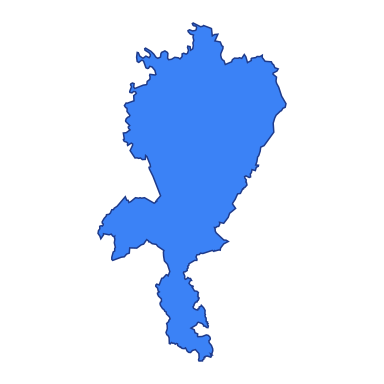 Tlahuiltepa, Hidalgo, Mexico
{"feature_id": "50627088B86938418920354", "entity_name": "Tlahuiltepa", "entity_type": "district", "adm_level": 2, "iso_a3": "MEX", "parent_name": "Mexico", "parent_adm1": "Hidalgo", "projection": "robinson", "projection_center": [-98.986, 20.833], "detail": "fine", "context": "isolated", "style": "filled", "palette": "blue", "viewbox_px": 384, "rotation_deg": 0, "n_neighbors": 0, "source": "geoboundaries", "source_scale": "gbopen_adm2", "svg_char_len": 5983}
<svg xmlns="http://www.w3.org/2000/svg" viewBox="0 0 384 384"><path d="M212.8,350.8L212.7,348.8L211.4,345.4L209.2,342.7L208.9,340.7L210.1,339.6L210.3,338.3L209.7,336.8L208.1,335.3L206.3,334.9L202.2,336.5L197.9,336.7L197.5,336.2L197.7,333.9L195.0,332.7L194.2,329.7L191.0,328.1L196.4,324.9L197.6,322.6L198.4,322.2L202.2,323.6L203.5,325.0L203.6,326.0L205.1,326.2L206.6,327.5L207.9,327.7L208.4,326.0L207.5,324.9L208.0,323.6L207.3,323.4L207.5,322.0L206.2,321.6L206.1,317.9L205.4,317.3L205.0,315.5L205.4,314.4L204.9,313.7L205.1,310.4L203.6,307.7L201.3,305.3L200.9,306.3L199.2,307.0L199.0,308.6L197.9,309.0L197.7,310.0L196.0,309.7L193.6,308.3L193.0,306.9L194.0,305.5L194.0,304.7L195.4,302.3L197.2,301.8L197.4,300.6L198.1,300.4L199.0,298.6L199.1,298.0L198.3,298.0L198.3,296.9L197.6,296.1L198.2,295.0L197.8,294.4L198.4,292.6L197.0,291.3L194.5,290.9L192.1,287.1L193.1,286.7L193.1,286.2L190.7,285.3L189.0,283.4L189.8,281.5L190.7,280.4L191.5,280.4L190.5,278.5L189.3,278.5L187.8,277.5L186.7,278.8L185.3,279.3L184.6,278.1L184.8,276.1L183.4,272.9L184.0,271.8L185.0,271.9L187.2,270.5L187.1,268.9L188.1,267.9L187.7,266.2L188.8,265.4L189.0,263.7L194.6,260.4L196.8,260.4L197.0,259.2L196.0,257.0L196.9,254.8L199.4,254.5L200.4,253.2L202.9,253.5L212.3,250.4L213.9,251.4L214.8,250.5L215.3,250.9L219.1,249.9L220.2,250.2L220.6,248.0L223.7,243.9L228.3,241.5L226.2,240.2L223.8,240.0L216.2,232.9L215.2,231.0L215.2,229.3L214.5,227.5L215.8,227.6L216.9,226.6L218.7,226.4L219.8,224.0L219.5,222.3L223.7,223.3L228.2,217.4L229.6,213.3L235.6,208.4L232.5,204.0L232.7,203.1L235.2,199.3L237.6,193.9L240.4,193.4L242.7,188.8L243.5,188.9L243.9,187.7L244.9,187.4L247.0,185.0L246.3,182.0L245.8,181.9L246.3,179.9L244.9,178.1L244.6,176.6L246.0,175.9L249.2,177.5L250.6,176.9L250.3,173.9L251.4,172.7L252.0,169.6L255.3,170.6L256.3,167.3L258.3,166.3L258.5,165.2L255.7,165.0L256.9,161.6L257.6,157.0L258.7,155.7L260.2,151.1L260.7,147.2L264.1,145.6L273.8,132.2L273.2,123.2L274.7,118.1L276.1,115.2L280.4,111.1L281.4,110.7L282.9,108.3L285.2,107.3L286.0,103.7L281.6,96.2L278.7,87.2L276.6,83.4L276.0,81.1L276.5,77.1L273.0,74.2L273.1,73.1L277.0,71.0L278.2,68.9L274.8,67.7L273.7,64.9L272.2,63.6L271.4,61.8L265.1,61.3L262.2,57.5L262.3,55.2L260.0,56.6L257.1,56.5L255.7,57.6L251.7,58.2L251.1,58.9L251.3,60.5L247.5,62.6L245.9,56.9L244.3,54.5L241.7,58.4L239.4,57.7L238.2,58.3L234.5,58.1L232.4,59.7L231.6,61.8L225.3,64.5L223.9,60.6L222.5,59.9L221.4,58.2L220.7,55.3L220.8,53.7L222.9,48.6L223.0,46.5L221.8,45.7L220.3,42.0L214.9,40.9L217.9,34.2L214.6,34.5L212.3,35.9L211.5,28.7L211.0,28.3L203.5,25.5L202.7,26.3L200.6,26.7L193.2,23.0L192.3,23.6L193.0,25.2L194.0,25.9L195.7,26.0L196.6,27.2L196.2,29.7L195.2,30.5L192.5,30.9L189.6,29.8L188.0,30.6L188.2,31.7L190.4,34.1L193.5,35.0L193.0,37.1L193.8,40.5L192.9,43.0L193.3,45.6L192.7,48.9L190.6,50.2L190.1,46.7L187.8,46.1L187.5,47.4L188.5,50.3L187.5,53.3L186.1,54.1L183.7,53.2L182.1,53.9L182.1,56.6L180.0,58.9L178.3,57.8L174.8,57.3L171.5,59.3L168.6,59.7L167.6,58.2L167.9,53.4L167.2,52.3L164.9,50.9L161.6,52.4L160.9,53.7L160.5,57.1L157.8,58.3L155.9,57.2L153.8,54.1L150.9,51.3L145.6,48.1L144.7,48.7L145.0,50.2L149.0,52.7L150.4,54.7L150.2,56.2L149.1,57.7L145.9,56.1L143.4,58.0L142.5,58.0L139.7,56.0L138.3,52.7L137.2,52.4L136.6,57.2L137.2,61.5L138.8,62.4L141.5,60.3L142.8,60.4L143.7,61.5L145.9,67.7L147.4,68.5L148.5,68.3L149.8,66.3L152.1,67.0L154.9,70.4L155.9,74.5L155.0,75.0L150.0,74.3L149.6,75.3L150.1,77.1L149.8,79.4L147.2,81.4L146.8,84.3L146.3,84.7L143.3,85.1L134.8,88.5L133.7,87.1L134.1,83.6L132.4,83.0L130.8,83.9L130.5,84.7L131.5,86.8L129.7,91.4L129.9,92.4L132.0,92.9L133.6,91.5L135.5,91.8L136.3,93.4L133.7,95.6L134.0,100.8L127.2,103.2L126.1,103.0L124.4,105.6L125.7,107.6L126.7,108.0L127.1,108.9L127.0,111.5L129.9,115.3L129.3,116.6L127.7,117.3L126.2,118.8L125.6,120.6L125.7,121.5L129.7,125.5L128.2,127.0L128.6,128.4L130.0,129.9L126.2,132.7L123.3,133.0L124.3,139.1L123.4,139.5L123.6,140.4L124.3,141.4L126.5,142.1L127.7,143.0L127.4,144.8L127.7,145.5L131.2,143.1L132.6,143.9L132.6,145.3L130.1,150.6L135.0,158.0L137.0,157.8L138.7,158.4L140.5,158.0L142.3,159.6L145.3,159.4L145.6,155.5L146.9,156.6L150.1,164.4L150.5,166.8L149.0,167.3L149.4,169.0L153.0,176.3L160.6,195.8L156.9,199.9L156.8,201.2L155.7,201.3L155.6,202.3L154.1,203.2L144.5,197.7L141.6,198.2L140.0,197.7L138.8,198.2L135.5,197.7L130.8,201.6L128.9,202.5L128.1,200.3L126.7,200.2L125.3,196.7L117.1,206.3L114.2,208.2L113.5,209.6L111.8,209.7L110.3,213.1L109.0,214.3L106.5,214.7L106.1,216.3L104.2,218.3L102.2,221.7L102.2,223.0L103.3,224.1L103.1,225.1L102.3,226.1L101.2,225.7L99.7,226.3L99.8,228.9L98.5,230.5L98.0,233.4L99.9,236.1L100.8,238.8L103.5,234.9L103.5,233.7L109.1,234.8L111.2,234.1L112.8,236.1L114.1,236.8L114.6,236.4L114.4,237.9L114.9,239.0L114.3,242.8L115.4,247.4L114.7,248.4L114.7,251.0L113.2,252.0L111.8,257.2L111.8,259.4L112.7,260.4L121.3,257.2L124.3,256.8L126.6,254.1L129.3,253.1L129.7,247.9L136.8,248.1L141.3,244.8L143.6,244.1L146.7,239.6L148.5,240.9L148.7,241.8L149.9,242.0L152.2,243.7L156.3,244.4L157.8,246.4L163.9,250.5L163.4,252.1L163.6,256.0L164.4,260.9L167.5,264.4L169.8,271.5L168.1,275.9L166.9,274.7L166.2,274.7L163.2,278.0L161.7,278.3L159.2,284.9L156.7,284.1L155.8,285.1L155.8,286.4L157.6,288.2L158.2,291.1L159.3,291.9L157.5,293.1L157.5,293.9L158.5,296.1L161.4,298.9L161.4,301.6L160.4,302.2L160.0,303.8L160.5,305.5L162.6,308.7L163.9,309.5L164.8,311.3L166.0,311.8L166.5,314.0L169.3,316.8L170.1,318.9L168.9,320.2L168.7,321.5L166.6,323.5L167.2,325.3L167.3,328.8L166.0,332.5L166.8,334.7L167.9,335.4L169.1,337.6L169.3,343.5L170.2,343.9L171.5,342.5L172.5,343.2L174.0,343.2L175.3,344.2L176.4,343.5L177.5,343.8L177.7,345.5L180.3,347.3L180.6,346.9L182.0,348.4L184.2,348.7L185.5,347.9L187.3,351.3L188.8,352.4L190.6,352.5L192.4,350.5L195.4,349.6L198.9,353.5L199.1,357.8L198.5,359.9L199.0,361.0L202.5,360.9L202.6,360.0L203.8,359.2L204.1,357.5L204.9,357.5L204.8,356.7L205.4,356.4L207.1,356.0L210.8,357.2L211.7,355.7L210.1,354.5L210.9,355.0L212.1,354.9L211.0,353.8L211.8,354.0L212.8,350.8Z" fill="#3b82f6" stroke="#1e3a8a" stroke-width="1.5"/></svg>